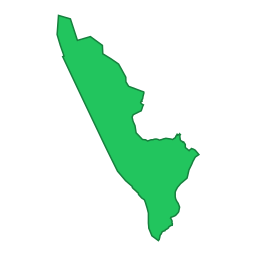 Asa, Kwara, Nigeria
{"feature_id": "59680162B59525703418999", "entity_name": "Asa", "entity_type": "district", "adm_level": 2, "iso_a3": "NGA", "parent_name": "Nigeria", "parent_adm1": "Kwara", "projection": "albers", "projection_center": [4.518, 8.446], "detail": "fine", "context": "isolated", "style": "filled", "palette": "green", "viewbox_px": 256, "rotation_deg": 0, "n_neighbors": 0, "source": "geoboundaries", "source_scale": "gbopen_adm2", "svg_char_len": 2606}
<svg xmlns="http://www.w3.org/2000/svg" viewBox="0 0 256 256"><path d="M191.7,164.3L192.9,161.4L194.9,157.7L195.5,156.9L198.9,154.6L195.2,150.2L193.5,149.2L191.4,148.5L191.1,149.0L190.9,149.2L190.5,149.4L189.8,149.9L189.1,150.7L188.7,150.4L187.3,149.1L186.3,148.3L185.6,147.8L185.4,147.5L185.3,146.9L185.3,145.3L185.3,144.5L184.7,143.5L183.7,142.2L183.6,142.3L183.1,142.2L183.3,141.9L182.9,141.8L182.4,141.5L181.4,141.0L181.1,140.9L180.5,140.2L180.2,139.6L180.2,139.1L180.0,137.9L179.8,135.9L179.8,135.5L180.0,135.2L180.4,134.7L180.2,134.5L180.0,134.3L179.7,133.9L179.6,134.1L179.3,134.3L178.9,134.6L178.3,134.8L178.2,134.7L177.9,134.5L177.5,134.3L177.2,134.3L177.3,135.1L177.1,135.1L177.2,135.3L176.8,135.3L176.7,135.2L176.5,135.4L176.0,136.0L175.7,136.6L175.5,137.2L175.3,137.7L175.0,137.9L174.9,137.9L174.8,138.0L174.5,138.2L174.1,138.4L173.6,138.8L173.3,139.0L172.7,139.5L170.7,139.0L165.9,138.3L164.7,138.6L163.4,138.9L161.9,139.5L159.5,140.1L157.9,139.4L156.1,139.0L154.2,139.2L153.0,139.7L150.9,139.8L147.7,141.0L145.6,139.8L142.5,139.5L136.1,132.8L135.0,125.7L133.0,121.2L132.1,117.1L133.2,114.7L138.2,112.2L141.2,110.8L142.2,107.9L142.5,106.8L143.1,105.4L143.4,104.9L141.4,103.8L141.0,103.2L140.6,102.7L140.7,102.3L140.9,102.0L141.0,101.7L141.5,101.6L141.9,101.3L142.1,101.2L142.0,100.7L141.5,100.7L141.5,100.4L141.9,99.7L142.6,98.9L143.0,96.4L143.4,94.9L143.9,93.0L143.8,92.0L143.0,91.6L141.9,91.3L128.6,86.3L125.9,81.8L125.8,77.2L122.1,70.4L118.6,64.1L110.8,58.7L102.8,53.8L102.4,45.4L90.4,36.6L77.4,40.4L70.4,18.9L58.5,15.4L57.4,30.8L57.1,34.5L60.3,45.3L61.8,49.6L63.1,53.2L64.0,56.1L62.7,56.6L69.5,71.0L77.9,88.8L80.7,94.7L86.3,106.5L93.2,121.0L104.5,144.7L106.2,148.2L107.9,151.7L116.2,168.5L117.6,171.3L120.8,175.0L125.5,180.6L132.3,186.5L132.3,187.5L133.3,188.6L135.9,190.9L137.3,192.3L138.1,192.7L138.4,193.9L138.6,194.6L141.7,198.0L144.3,199.7L145.3,202.1L147.2,208.3L148.4,213.1L148.4,218.2L148.4,219.0L148.4,223.2L148.7,226.4L148.8,228.2L151.5,234.8L151.9,235.8L158.4,240.6L158.8,240.0L159.2,239.5L159.8,237.1L160.1,235.4L160.7,234.4L161.2,234.0L161.6,233.0L162.0,232.1L162.7,231.5L163.6,231.1L165.0,230.7L165.3,229.9L167.5,228.7L168.5,227.8L168.7,227.0L169.9,226.2L170.7,225.5L172.2,225.3L172.4,223.8L171.9,222.3L172.1,221.4L172.0,220.8L171.1,218.9L170.5,218.3L170.8,217.4L173.8,216.3L175.6,215.4L177.8,213.0L178.7,211.7L179.6,207.1L178.5,204.3L178.2,203.4L176.9,201.5L175.7,199.1L175.2,196.8L175.2,194.0L175.2,192.3L175.7,190.7L177.5,187.3L180.6,183.6L185.7,179.3L187.0,178.2L187.6,175.9L188.6,171.5L189.0,169.8L191.7,164.3Z" fill="#22c55e" stroke="#15803d" stroke-width="1.5"/></svg>